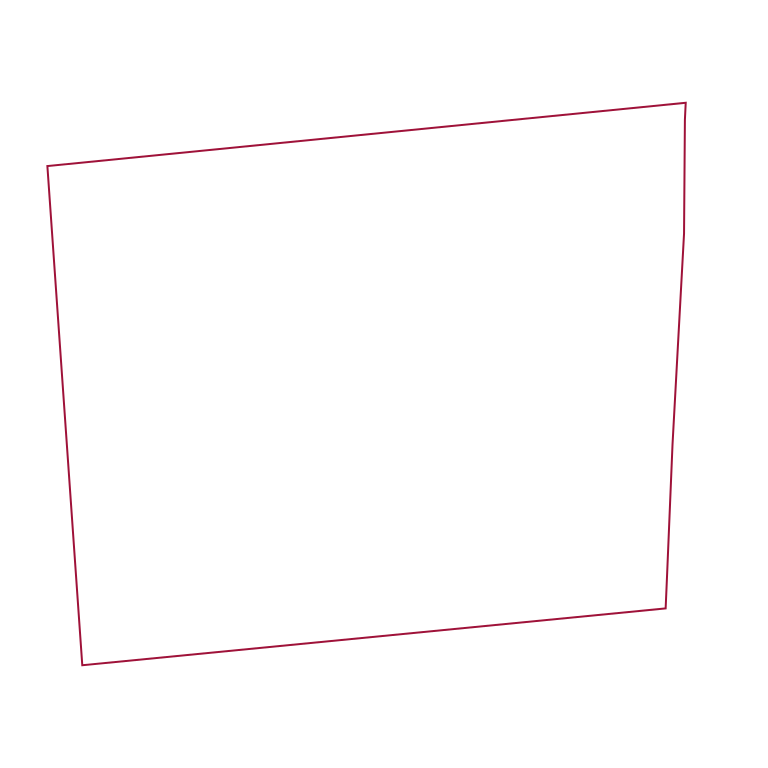 outline of 36, Ar Rayyān, Qatar, rotated 86°
{"feature_id": "91078587B22410322487846", "entity_name": "36", "entity_type": "district", "adm_level": 2, "iso_a3": "QAT", "parent_name": "Qatar", "parent_adm1": "Ar Rayyān", "projection": "orthographic", "projection_center": [51.481, 25.302], "detail": "fine", "context": "isolated", "style": "outline", "palette": "rose", "viewbox_px": 768, "rotation_deg": 86, "n_neighbors": 0, "source": "geoboundaries", "source_scale": "gbopen_adm2", "svg_char_len": 270}
<svg xmlns="http://www.w3.org/2000/svg" viewBox="0 0 768 768"><g transform="rotate(86 384 384)"><path d="M627.5,118.7L593.1,114.8L464.4,100.4L254.9,74.2L141.4,65.4L124.5,63.4L143.1,704.6L643.5,704.6L627.5,118.7Z" fill="none" stroke="#9f1239" stroke-width="2"/></g></svg>